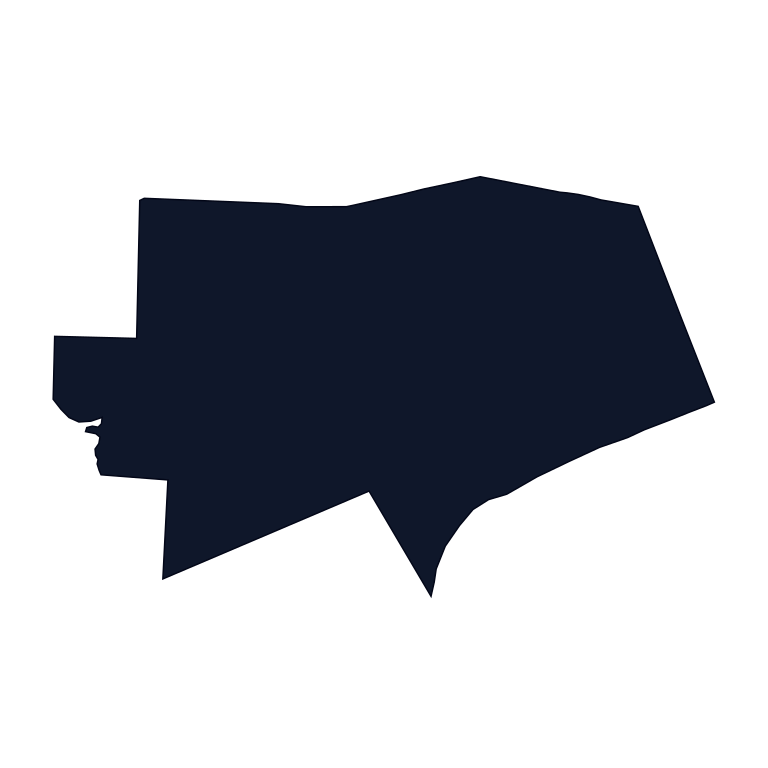 the district of Ta Khmau, Kândal, Cambodia, rotated 92°
{"feature_id": "14789045B91886008467417", "entity_name": "Ta Khmau", "entity_type": "district", "adm_level": 2, "iso_a3": "KHM", "parent_name": "Cambodia", "parent_adm1": "Kândal", "projection": "natural_earth1", "projection_center": [104.946, 11.457], "detail": "fine", "context": "isolated", "style": "filled", "palette": "ink", "viewbox_px": 768, "rotation_deg": 92, "n_neighbors": 0, "source": "geoboundaries", "source_scale": "gbopen_adm2", "svg_char_len": 909}
<svg xmlns="http://www.w3.org/2000/svg" viewBox="0 0 768 768"><g transform="rotate(92 384 384)"><path d="M410.8,714.1L420.6,705.9L428.5,697.6L432.6,687.6L431.4,675.7L427.2,664.5L433.6,665.0L437.1,668.2L436.3,674.0L437.9,679.5L442.0,680.6L443.7,670.3L447.0,666.0L453.5,666.9L459.1,670.5L465.3,669.7L469.4,667.1L473.9,667.9L480.4,665.6L484.6,663.6L487.4,596.6L586.5,598.2L581.2,586.9L491.5,395.2L594.5,329.6L580.2,326.9L567.0,325.4L543.9,317.1L522.8,303.6L506.3,290.7L495.9,275.5L489.8,257.4L471.4,227.8L455.0,196.5L439.8,166.4L429.0,138.6L420.7,122.3L409.9,96.8L401.8,78.5L394.4,61.1L390.6,53.2L306.3,89.8L197.6,136.2L193.6,165.2L192.5,173.4L189.9,184.6L187.8,196.4L186.6,207.8L186.2,215.0L173.5,295.1L181.0,323.9L187.6,350.5L194.2,373.6L206.6,421.5L208.1,427.7L209.6,467.9L207.5,495.8L206.8,630.1L209.1,634.5L347.1,632.8L347.9,714.8L410.8,714.1Z" fill="#0f172a" stroke="#020617" stroke-width="1.5"/></g></svg>